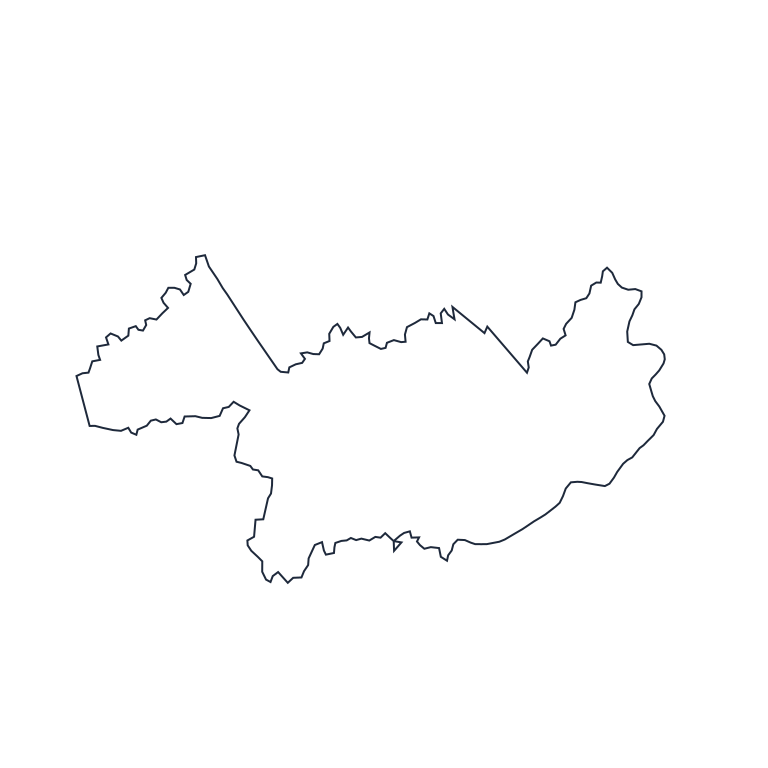 the district of Nova Aurora, Paraná, Brazil, rotated 54°
{"feature_id": "56859067B33155815190139", "entity_name": "Nova Aurora", "entity_type": "district", "adm_level": 2, "iso_a3": "BRA", "parent_name": "Brazil", "parent_adm1": "Paraná", "projection": "orthographic", "projection_center": [-53.289, -24.494], "detail": "fine", "context": "isolated", "style": "outline", "palette": "slate", "viewbox_px": 768, "rotation_deg": 54, "n_neighbors": 0, "source": "geoboundaries", "source_scale": "gbopen_adm2", "svg_char_len": 3610}
<svg xmlns="http://www.w3.org/2000/svg" viewBox="0 0 768 768"><g transform="rotate(54 384 384)"><path d="M179.4,501.9L181.9,507.0L183.5,513.5L188.7,514.6L195.5,514.0L196.5,521.6L198.1,530.2L193.0,534.9L192.1,539.8L196.5,541.7L199.1,547.6L195.8,550.8L191.3,550.8L189.2,557.8L194.6,562.4L194.5,571.0L189.2,571.3L182.4,575.5L182.9,581.5L190.0,583.7L185.1,593.9L192.6,598.0L197.6,599.5L194.2,606.7L198.6,612.7L201.1,616.4L198.1,621.6L196.8,628.1L244.9,646.8L248.0,642.4L254.2,637.3L262.0,630.3L267.3,624.3L269.1,616.6L274.7,617.1L279.5,614.2L276.1,610.1L278.3,600.4L276.6,594.2L278.6,589.4L284.0,586.7L286.5,582.2L286.5,577.0L294.5,575.5L297.1,570.0L293.1,564.4L299.2,555.5L304.5,551.0L310.0,543.8L313.2,535.7L309.0,528.5L311.3,523.1L310.0,516.1L316.5,513.4L326.2,508.3L329.1,516.1L331.0,524.7L333.7,528.7L339.4,531.3L353.9,547.0L360.2,549.0L364.1,545.7L371.7,540.3L376.1,540.3L379.9,536.5L387.2,536.8L391.1,532.7L394.7,530.0L400.1,534.1L406.2,539.8L408.3,545.0L422.5,561.2L418.3,567.7L431.2,578.9L430.3,586.5L434.4,589.1L440.9,589.4L449.6,587.7L455.9,586.7L464.3,592.9L472.9,594.4L477.5,592.2L474.0,586.9L473.9,580.2L488.3,578.7L487.4,571.4L492.0,564.5L488.4,558.7L485.9,551.8L480.8,547.5L473.6,534.6L475.5,527.1L483.4,530.5L487.9,531.3L491.3,523.8L487.0,520.1L484.0,516.8L485.9,510.7L488.6,506.1L489.1,501.3L493.9,498.3L495.8,493.2L502.0,487.9L502.6,480.9L506.3,477.1L505.4,470.7L511.9,469.5L516.8,468.5L516.1,460.2L516.3,455.3L518.4,449.7L524.5,452.0L528.7,445.8L530.8,449.9L535.5,449.6L541.0,448.2L543.5,442.0L549.1,435.9L557.2,439.6L564.0,436.9L560.3,432.8L558.5,427.1L554.4,422.1L553.3,415.9L557.8,410.3L563.3,407.1L567.1,404.4L570.8,399.4L574.0,394.9L579.4,383.4L580.8,377.7L581.9,366.2L582.8,357.3L583.3,343.3L584.0,335.8L584.4,330.1L584.0,317.3L583.4,311.7L579.9,305.1L575.4,298.4L573.4,290.6L576.8,285.0L579.5,281.7L583.8,277.7L589.7,272.0L596.4,265.3L597.2,260.2L594.9,253.0L592.2,247.0L589.1,237.4L588.6,231.8L589.3,226.3L586.1,214.9L586.1,210.1L585.0,203.8L583.8,195.9L580.8,189.6L578.5,180.5L574.6,175.7L564.0,174.5L557.3,174.6L551.9,173.7L547.6,172.2L539.9,169.4L536.9,164.1L536.0,158.7L534.8,153.4L531.7,145.8L529.0,142.3L524.7,139.9L519.4,139.5L513.1,141.0L507.4,145.7L499.0,159.6L493.3,162.0L484.5,156.4L477.6,148.6L474.4,142.7L470.8,137.5L469.0,130.8L465.2,124.7L460.4,121.2L454.9,124.9L451.3,131.0L445.8,134.9L440.5,136.0L435.3,135.5L428.2,134.0L421.0,135.2L421.5,140.7L425.1,144.2L429.4,149.1L426.7,152.6L426.2,158.6L431.5,164.6L433.5,169.9L431.5,175.6L430.4,181.1L435.8,186.3L440.8,193.3L442.4,201.3L445.0,206.3L451.4,208.5L451.0,214.7L453.1,222.0L451.1,226.3L446.7,225.0L440.5,228.7L441.9,235.7L443.4,244.0L447.8,250.4L450.3,254.4L455.7,257.2L458.9,261.7L398.3,266.7L401.9,272.8L361.9,283.3L367.6,286.2L373.1,288.9L365.4,291.4L358.6,291.1L360.2,296.6L368.8,301.3L365.1,306.3L358.1,304.0L353.5,305.8L357.3,311.0L353.4,316.1L352.8,323.0L351.5,332.0L356.3,338.0L362.5,341.7L360.2,345.5L354.3,350.2L352.4,357.4L355.7,361.5L353.8,365.9L346.6,369.6L342.4,371.7L338.2,369.3L333.8,365.4L333.0,374.1L329.8,379.4L322.0,379.9L317.2,379.9L320.2,388.1L312.8,386.4L308.0,386.4L308.0,391.4L311.2,398.8L317.2,402.8L315.7,408.8L319.3,412.8L321.8,419.0L318.2,423.6L313.3,427.5L310.4,433.2L317.2,433.2L318.8,437.8L316.2,443.8L314.9,450.8L318.4,454.7L313.4,460.4L309.4,461.5L275.8,460.7L263.1,460.3L249.4,459.8L219.5,458.2L211.6,458.1L201.1,457.1L186.0,456.6L174.6,453.1L170.8,461.5L176.0,465.0L179.9,470.2L178.9,480.8L183.9,482.5L189.3,481.5L194.4,488.2L194.3,493.7L187.6,493.5L183.0,497.0L179.4,501.9ZM516.8,468.5L524.9,473.9L522.4,463.0L516.8,468.5Z" fill="none" stroke="#1e293b" stroke-width="2"/></g></svg>